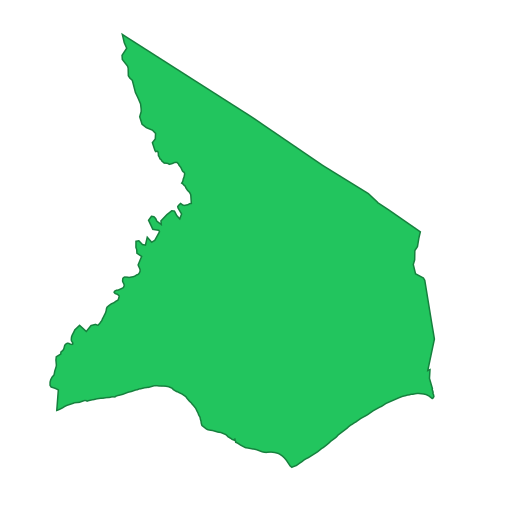 the district of North Guadalcanal, Guadalcanal, Solomon Islands, rotated 186°
{"feature_id": "97153195B68303818667914", "entity_name": "North Guadalcanal", "entity_type": "district", "adm_level": 2, "iso_a3": "SLB", "parent_name": "Solomon Islands", "parent_adm1": "Guadalcanal", "projection": "equal_earth", "projection_center": [160.207, -9.472], "detail": "fine", "context": "isolated", "style": "filled", "palette": "green", "viewbox_px": 512, "rotation_deg": 186, "n_neighbors": 0, "source": "geoboundaries", "source_scale": "gbopen_adm2", "svg_char_len": 4720}
<svg xmlns="http://www.w3.org/2000/svg" viewBox="0 0 512 512"><g transform="rotate(186 256 256)"><path d="M438.0,81.6L436.9,82.1L434.8,83.3L432.5,84.8L430.5,86.4L428.4,87.7L422.6,90.3L421.1,91.1L416.4,92.0L411.6,94.3L410.0,94.5L408.8,94.0L407.3,94.7L403.5,96.0L402.4,96.2L399.5,97.3L395.6,98.3L393.3,98.6L390.1,99.5L386.9,100.0L384.5,100.9L381.8,101.1L381.1,101.4L380.6,102.0L378.9,102.8L377.6,103.2L374.1,104.5L368.8,107.2L365.8,108.2L361.4,110.3L360.3,110.5L358.0,111.7L357.1,111.8L352.5,113.5L351.9,113.5L350.3,114.0L349.2,114.1L343.8,116.3L340.9,116.7L338.8,116.6L332.8,117.1L329.4,116.9L325.8,115.8L324.7,115.0L324.5,114.6L320.7,112.8L320.1,112.9L318.8,112.3L315.1,111.0L311.1,108.8L309.8,107.3L307.2,104.8L304.8,103.0L304.3,102.3L302.6,100.8L300.1,98.3L298.2,95.2L297.4,94.1L296.4,92.0L294.7,89.6L294.3,88.0L293.5,86.2L292.9,83.8L292.2,82.1L291.9,81.7L287.3,78.8L285.7,78.2L283.3,78.0L280.8,77.9L275.5,76.9L272.6,76.8L267.5,75.3L266.4,74.6L264.8,73.2L263.0,72.5L262.6,72.1L261.8,71.9L260.8,71.2L259.9,70.9L258.6,71.0L257.9,71.7L257.7,71.3L258.2,70.4L257.3,70.1L256.7,69.4L256.7,68.6L254.8,68.0L251.5,66.3L246.5,64.3L243.8,64.2L238.7,63.7L238.3,63.8L237.1,63.7L235.0,63.4L229.3,61.9L227.2,61.7L225.3,61.7L223.8,62.1L220.5,62.6L216.7,62.5L213.3,62.0L211.7,61.4L208.8,59.8L206.7,58.2L204.3,55.9L203.0,54.3L200.0,50.7L198.3,49.6L197.5,50.1L193.9,51.9L191.1,54.4L188.8,56.3L186.9,58.2L184.9,59.7L182.9,60.9L174.3,67.7L170.4,71.6L169.1,72.5L166.3,75.2L163.7,77.9L162.3,79.6L157.9,83.6L157.0,84.6L155.5,86.7L147.4,94.3L146.0,96.0L144.7,97.2L144.3,97.8L143.5,98.1L140.3,100.8L139.3,101.4L137.9,102.7L134.7,105.5L128.5,109.8L123.1,114.5L117.2,118.6L115.4,119.6L111.3,123.0L98.8,130.1L95.5,131.8L92.5,132.8L91.0,133.5L89.1,133.9L87.3,134.7L85.6,134.9L82.8,135.8L80.6,136.3L75.1,136.3L72.4,136.0L69.4,134.9L65.9,132.7L65.7,132.7L64.9,133.5L64.4,134.9L65.0,136.7L65.8,138.1L65.6,138.9L66.0,140.0L66.8,141.5L66.7,142.6L70.7,152.4L71.1,161.2L73.2,160.0L69.9,192.0L71.5,197.9L74.6,209.0L85.6,249.4L87.2,251.6L95.5,255.0L98.7,264.0L97.8,268.7L98.6,278.0L96.4,282.2L95.9,290.8L95.1,297.2L122.8,312.4L128.8,315.7L140.6,321.8L140.8,322.2L150.8,329.8L197.4,352.2L199.6,353.3L233.4,371.5L262.0,386.9L269.7,391.1L275.8,394.3L408.2,460.4L412.1,462.4L409.3,454.3L406.3,449.1L410.2,441.6L409.5,437.5L403.6,431.4L402.8,429.6L401.8,421.9L400.0,419.7L397.4,417.8L393.0,406.0L390.1,401.3L386.7,395.2L385.6,390.2L385.3,387.7L386.2,382.3L383.1,375.1L378.5,372.2L372.1,370.3L368.7,367.4L368.4,361.9L370.9,357.9L367.6,350.5L366.7,349.3L366.2,349.4L365.8,349.8L364.8,349.8L364.0,348.5L363.9,347.8L363.6,346.0L363.5,345.5L362.7,344.6L361.6,342.5L360.5,342.0L359.8,340.8L357.0,338.8L355.9,338.9L354.2,338.9L352.8,338.7L351.9,338.1L349.9,338.8L348.3,339.5L347.7,340.0L346.3,340.6L344.3,340.8L342.7,339.4L342.1,338.3L340.1,336.3L338.1,333.0L337.3,332.2L336.4,331.8L335.9,331.2L335.6,330.5L335.6,329.3L335.8,327.1L336.4,325.0L336.6,322.8L337.1,321.4L337.5,320.7L336.2,320.0L334.7,318.6L333.9,318.2L333.1,317.0L333.0,316.6L330.9,314.1L328.7,312.3L327.4,310.3L327.1,309.1L325.8,301.5L327.4,301.1L329.2,299.8L330.4,299.5L332.4,298.8L334.1,299.0L336.5,300.4L337.8,298.9L339.0,297.1L338.6,295.7L334.4,290.0L335.7,284.9L339.1,288.0L341.8,292.1L344.5,292.2L348.9,287.9L354.2,281.0L353.5,277.4L358.3,280.3L359.7,282.8L361.6,284.4L364.1,284.6L366.6,280.3L361.4,271.7L355.4,271.4L354.5,270.0L358.3,261.0L361.2,258.8L366.1,263.3L367.1,255.3L370.1,255.5L374.1,258.9L376.9,258.1L376.3,252.0L375.3,249.9L374.7,246.3L369.7,243.6L372.3,234.8L371.7,233.6L370.7,232.0L369.8,230.2L369.7,228.6L370.3,226.8L371.0,225.7L371.9,225.0L372.8,224.7L373.5,224.0L374.6,223.2L376.1,222.5L378.3,221.9L379.4,221.5L380.8,221.4L381.8,221.5L383.7,221.4L384.6,221.3L385.7,220.4L386.1,219.6L386.1,217.4L385.9,216.6L384.6,214.6L384.1,213.5L384.0,212.5L384.5,211.0L385.1,210.3L386.1,209.7L389.7,207.6L390.9,207.5L392.6,206.5L393.1,205.9L393.3,205.0L392.2,204.0L391.2,203.7L389.8,203.4L388.1,202.2L387.8,201.1L388.0,200.6L388.4,198.4L388.9,197.5L390.6,196.4L392.4,194.7L394.9,193.3L397.1,191.3L398.8,189.5L399.2,188.0L399.3,185.8L399.8,183.4L400.3,182.2L401.5,178.9L402.1,177.6L402.4,176.3L402.7,175.4L403.4,174.4L404.3,172.7L406.0,170.5L408.5,171.2L412.8,169.6L416.9,163.2L424.2,168.6L428.4,163.7L429.3,161.2L430.6,157.9L431.0,156.2L431.0,154.5L430.9,153.0L430.5,152.2L429.3,150.7L429.0,149.5L429.2,149.0L430.2,148.8L431.5,148.9L433.0,149.5L434.2,149.6L434.9,149.3L436.2,148.3L436.9,147.1L437.4,143.7L437.9,142.5L438.8,141.2L439.7,140.6L440.0,139.4L439.9,138.1L444.1,134.9L444.1,131.6L443.1,126.5L443.2,124.9L444.1,120.5L444.4,116.7L446.1,114.3L447.2,111.6L447.6,109.1L447.3,105.9L446.1,104.3L441.9,103.4L438.6,102.2L438.0,81.6Z" fill="#22c55e" stroke="#15803d" stroke-width="1.5"/></g></svg>